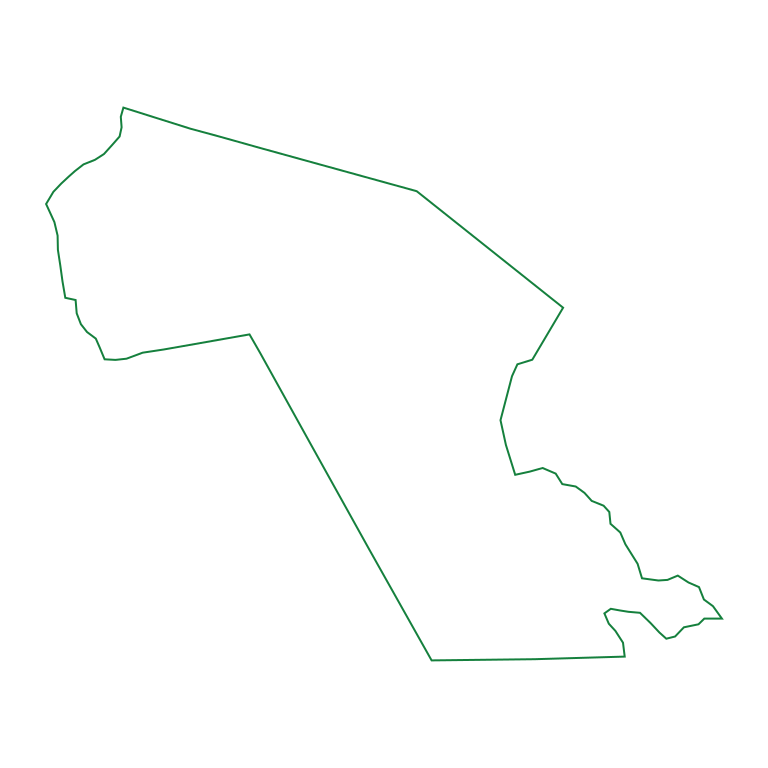 the district of Matriz de Camaragibe, Alagoas, Brazil
{"feature_id": "56859067B60673202166209", "entity_name": "Matriz de Camaragibe", "entity_type": "district", "adm_level": 2, "iso_a3": "BRA", "parent_name": "Brazil", "parent_adm1": "Alagoas", "projection": "equal_earth", "projection_center": [-35.571, -9.107], "detail": "fine", "context": "isolated", "style": "outline", "palette": "green", "viewbox_px": 768, "rotation_deg": 0, "n_neighbors": 0, "source": "geoboundaries", "source_scale": "gbopen_adm2", "svg_char_len": 1152}
<svg xmlns="http://www.w3.org/2000/svg" viewBox="0 0 768 768"><path d="M121.6,127.3L119.6,136.5L112.3,144.8L104.0,154.0L95.0,159.8L83.5,164.4L74.9,171.1L68.6,176.7L61.3,183.5L53.4,191.8L46.1,204.0L54.4,222.1L57.6,235.6L57.9,249.8L60.3,265.5L62.5,281.4L65.3,297.8L75.6,300.0L76.7,313.3L80.9,324.2L87.0,332.0L95.8,338.6L99.7,347.5L104.6,359.3L115.5,359.9L126.5,358.7L142.6,352.7L163.7,349.5L249.5,334.4L260.0,352.7L309.9,442.7L369.6,550.1L431.6,660.4L534.7,659.2L624.7,656.6L623.0,642.7L615.4,630.9L608.8,623.7L604.4,613.4L610.8,608.8L619.6,610.4L628.4,611.8L640.0,612.8L650.8,623.3L659.4,632.5L666.3,638.7L675.1,636.5L683.9,627.3L698.5,624.3L704.3,618.6L721.9,618.6L713.0,606.2L703.9,599.5L699.0,587.1L688.5,582.5L677.8,575.6L667.5,579.9L658.4,580.5L642.0,578.3L637.6,563.8L625.4,544.3L620.3,532.5L610.5,523.8L609.3,512.0L603.6,505.7L591.7,500.9L584.5,492.9L575.7,486.5L562.3,484.1L555.7,473.6L542.6,468.0L529.8,471.6L515.2,474.8L505.9,444.9L500.5,420.2L512.0,376.2L517.4,364.3L532.3,359.7L563.1,307.7L416.7,191.2L260.2,148.0L232.1,140.1L219.2,136.5L190.4,128.7L123.4,107.6L120.8,116.8L121.6,127.3Z" fill="none" stroke="#15803d" stroke-width="2"/></svg>